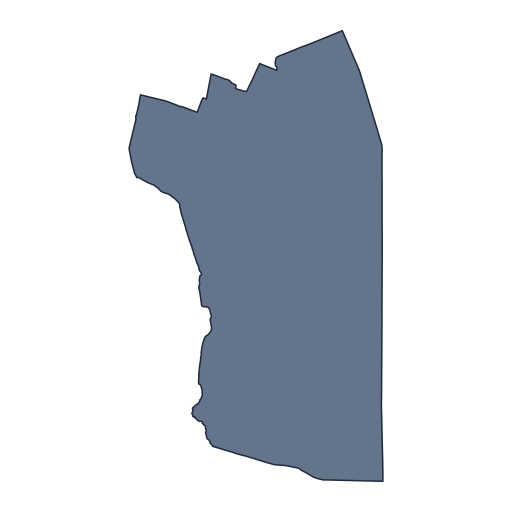 Voicesti, Vâlcea, Romania (Mercator projection)
{"feature_id": "2599482B9823513277146", "entity_name": "Voicesti", "entity_type": "district", "adm_level": 2, "iso_a3": "ROU", "parent_name": "Romania", "parent_adm1": "Vâlcea", "projection": "mercator", "projection_center": [24.291, 44.596], "detail": "fine", "context": "isolated", "style": "filled", "palette": "slate", "viewbox_px": 512, "rotation_deg": 0, "n_neighbors": 0, "source": "geoboundaries", "source_scale": "gbopen_adm2", "svg_char_len": 5963}
<svg xmlns="http://www.w3.org/2000/svg" viewBox="0 0 512 512"><path d="M382.2,247.8L382.1,219.9L382.1,219.3L382.1,206.2L382.1,205.8L382.1,205.6L382.1,191.6L382.1,188.3L382.1,183.5L382.0,175.9L382.0,167.1L382.0,162.2L382.0,161.7L382.0,159.0L382.0,154.0L382.1,150.7L382.0,146.9L382.0,146.6L382.0,145.7L381.7,144.5L380.0,138.8L379.8,138.2L379.0,135.6L377.2,129.3L371.7,111.2L368.8,101.6L368.5,100.4L368.2,99.6L361.1,76.2L359.3,70.4L359.1,70.0L359.1,69.7L358.7,69.1L357.1,65.3L342.3,30.7L314.6,42.0L307.5,44.8L300.1,47.5L293.7,50.2L278.8,56.1L276.4,57.6L275.7,59.7L275.3,61.7L275.2,63.9L275.6,65.3L275.9,66.2L277.0,67.9L276.6,70.3L259.7,63.6L259.4,64.4L256.9,69.7L255.3,73.0L253.1,78.0L251.3,81.9L248.9,86.5L246.6,91.5L244.5,91.2L239.5,89.8L236.1,88.8L235.6,87.4L236.0,85.9L236.0,85.1L231.3,82.8L230.7,81.6L229.6,80.7L227.8,79.7L225.5,79.2L213.8,74.8L211.1,74.1L210.1,79.4L206.4,98.9L203.1,98.0L201.7,100.3L197.3,112.0L196.1,112.0L194.7,111.3L193.9,111.0L191.5,110.2L188.7,109.2L187.0,108.4L182.2,106.8L181.0,106.5L180.7,106.4L180.4,106.4L180.0,106.6L179.6,106.4L177.4,105.4L168.4,101.9L166.0,101.1L164.7,100.7L150.9,97.4L145.3,96.0L140.5,94.9L140.0,97.1L138.8,104.6L136.5,114.7L136.2,115.7L135.9,115.6L135.7,116.8L135.7,117.0L136.0,119.0L135.9,119.5L135.4,121.8L132.9,131.9L129.9,144.8L129.1,147.9L129.1,148.3L129.2,149.1L129.4,150.6L130.2,154.6L131.5,161.4L133.2,168.0L134.4,172.7L134.8,173.7L135.5,175.0L136.3,176.4L136.5,177.0L136.6,177.5L137.6,177.3L138.5,177.5L140.3,178.4L143.1,180.1L147.7,182.6L153.6,185.0L154.5,185.5L156.4,187.0L158.3,188.3L159.1,189.3L161.1,191.4L163.5,192.5L165.3,193.2L166.9,193.5L168.2,193.9L170.8,195.6L171.9,196.6L174.5,198.4L177.0,200.8L178.4,202.5L178.9,203.0L179.5,203.5L179.8,206.8L180.0,207.9L180.3,209.0L180.5,210.0L181.5,214.3L181.8,215.1L185.8,228.3L185.8,229.0L187.1,232.8L187.4,233.7L187.5,234.3L188.1,235.9L188.4,237.1L188.6,237.7L189.1,238.7L189.3,239.5L189.3,240.1L189.4,240.4L190.1,241.8L190.9,244.3L191.1,244.9L191.7,246.3L192.3,248.9L192.7,249.8L193.0,250.5L193.2,251.3L193.4,252.0L193.8,253.6L194.3,255.1L195.4,257.9L195.7,259.3L196.4,261.1L196.7,262.2L197.9,265.0L198.2,265.6L198.6,266.8L198.9,268.0L199.1,269.5L199.2,270.0L199.7,271.0L200.2,271.6L200.9,272.5L201.4,273.6L201.4,273.8L201.4,274.4L201.1,275.0L200.7,275.3L200.2,275.6L200.0,275.8L199.9,276.3L199.8,277.1L199.3,279.3L199.3,280.2L199.3,280.8L199.4,281.2L199.5,281.9L199.6,282.9L199.6,283.7L199.5,284.7L199.3,285.4L199.2,285.7L198.8,286.3L198.7,286.7L198.7,287.1L198.8,287.5L199.0,288.9L199.4,290.2L199.3,290.3L199.6,291.1L200.1,293.9L200.2,295.1L200.3,295.9L200.8,298.9L200.8,299.8L201.2,301.3L201.2,301.8L201.3,302.2L201.3,302.8L201.4,303.2L201.3,303.5L201.5,304.8L201.6,305.3L201.8,305.8L202.1,306.1L202.4,306.3L203.2,306.5L204.9,306.9L205.7,306.8L207.0,307.0L207.7,307.1L208.3,307.5L208.6,307.8L209.2,308.8L209.8,310.2L210.1,311.2L210.5,313.2L211.1,315.2L211.5,316.2L211.5,316.7L211.4,317.0L211.1,317.6L210.5,318.3L210.3,318.7L210.2,319.4L210.2,320.0L210.5,321.6L210.7,322.7L211.1,325.3L211.3,326.2L211.6,327.3L211.6,328.3L211.5,329.0L211.2,329.6L211.1,330.1L211.1,331.2L210.3,331.9L209.1,333.5L207.4,335.2L205.7,336.2L205.4,336.6L205.0,337.2L204.0,339.1L203.7,340.6L203.2,341.9L202.8,343.4L202.4,345.5L201.9,347.2L201.7,348.7L201.5,350.1L201.2,352.3L201.0,352.7L201.3,353.9L201.2,355.2L200.9,356.5L200.6,358.2L200.5,360.4L200.0,363.4L199.6,366.5L198.8,373.9L198.8,377.4L198.6,380.4L198.6,383.0L198.7,383.6L199.0,384.1L199.4,384.4L200.1,384.6L200.4,384.9L201.2,386.5L201.3,386.9L201.3,387.7L201.4,387.9L201.7,388.5L201.9,389.0L202.0,389.7L202.1,390.7L202.3,391.5L202.3,392.0L202.1,392.9L202.1,393.6L202.1,393.9L202.3,394.5L202.3,395.3L201.9,396.3L201.7,396.8L201.4,397.4L201.2,398.1L201.1,398.6L200.8,398.9L200.1,399.6L199.9,399.9L199.8,400.1L200.0,400.6L200.0,400.8L199.7,401.1L199.7,401.4L199.6,401.5L199.4,401.6L199.3,401.9L199.0,402.6L198.6,403.0L198.0,403.5L197.6,403.7L197.2,403.8L197.0,404.1L196.6,404.6L196.1,404.9L195.8,405.4L195.3,405.6L195.1,405.7L194.8,405.9L194.4,406.5L194.0,406.8L193.6,407.0L193.0,407.5L192.6,408.1L192.5,408.5L192.5,408.9L192.5,409.1L192.7,409.3L193.0,409.3L193.2,409.5L192.8,411.0L192.3,412.1L192.2,412.3L192.2,412.9L192.0,413.2L191.9,413.5L192.0,413.9L192.4,414.6L192.7,414.9L192.8,415.0L192.8,416.3L192.9,416.5L193.0,416.7L193.4,416.8L193.6,416.6L193.9,416.6L194.3,416.7L194.5,416.8L194.8,417.2L194.8,417.5L194.9,417.9L195.2,418.2L195.9,418.5L196.3,418.9L197.2,420.1L197.6,420.4L198.8,420.8L199.6,421.4L200.5,421.1L201.0,421.1L201.6,421.3L201.8,421.4L202.2,421.9L202.9,423.0L202.8,423.3L202.5,423.3L202.6,423.5L202.9,423.9L203.3,424.3L203.7,424.8L203.9,425.0L204.3,425.3L205.1,426.0L205.4,426.3L205.5,426.7L205.5,427.1L205.4,428.0L205.5,428.4L206.0,429.7L206.3,430.6L206.3,431.2L206.1,431.6L205.9,431.8L205.6,432.1L205.6,432.3L205.6,432.6L205.9,434.0L206.3,435.2L206.5,436.1L206.6,437.4L206.7,437.9L206.9,438.2L207.6,439.1L208.9,440.1L209.4,440.7L209.8,441.5L210.1,442.7L210.4,443.6L210.8,444.0L211.2,444.2L211.5,444.4L212.2,445.1L212.5,445.6L212.6,445.8L212.5,446.1L212.6,446.3L213.9,446.7L214.4,446.8L214.5,446.9L215.2,447.1L218.2,448.0L219.8,448.5L221.6,449.1L222.6,449.3L224.3,449.9L226.3,450.4L230.3,451.7L232.1,452.1L236.1,453.6L238.1,454.1L243.5,455.6L246.5,456.2L248.3,456.9L249.8,457.3L252.8,458.1L254.6,458.8L256.2,459.3L258.7,460.1L260.3,460.5L262.0,461.1L265.4,462.1L267.9,462.9L269.9,463.5L270.3,463.5L270.7,463.6L270.8,463.6L271.1,463.6L271.8,464.0L272.8,464.3L275.4,464.8L283.0,465.3L283.7,465.4L284.5,465.5L287.0,465.8L288.9,466.2L289.8,466.4L292.7,467.0L298.5,468.1L299.1,468.5L300.4,469.5L301.9,470.6L303.0,471.2L304.2,471.7L304.6,472.0L305.2,472.3L313.3,477.0L316.6,478.3L322.3,479.7L323.9,480.0L325.7,479.9L382.8,481.3L382.9,481.2L382.9,475.6L382.9,473.2L382.9,472.7L382.9,471.7L382.8,469.3L382.7,460.9L382.1,436.4L381.4,404.8L381.4,404.6L381.6,387.4L381.6,384.0L381.6,383.7L381.9,338.4L382.0,295.2L382.0,294.0L382.1,277.6L382.2,247.8Z" fill="#64748b" stroke="#1e293b" stroke-width="1.5"/></svg>